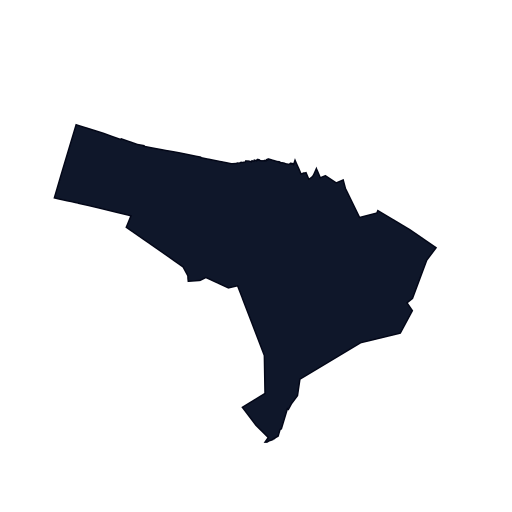 Frontera, Coahuila, Mexico (Natural Earth projection), rotated 252°
{"feature_id": "50627088B59111908912503", "entity_name": "Frontera", "entity_type": "district", "adm_level": 2, "iso_a3": "MEX", "parent_name": "Mexico", "parent_adm1": "Coahuila", "projection": "natural_earth1", "projection_center": [-101.473, 26.954], "detail": "fine", "context": "isolated", "style": "filled", "palette": "ink", "viewbox_px": 512, "rotation_deg": 252, "n_neighbors": 0, "source": "geoboundaries", "source_scale": "gbopen_adm2", "svg_char_len": 4023}
<svg xmlns="http://www.w3.org/2000/svg" viewBox="0 0 512 512"><g transform="rotate(252 256 256)"><path d="M261.5,385.9L259.5,384.2L260.6,366.4L291.2,362.1L291.6,362.0L292.1,361.9L292.4,361.9L301.4,362.4L301.2,360.7L300.7,354.9L310.9,346.8L310.5,341.3L317.8,340.7L320.2,340.4L320.4,340.4L319.6,339.7L317.7,338.0L315.7,336.2L314.7,335.1L314.2,334.4L313.6,333.2L313.3,332.3L313.1,331.7L312.9,331.2L312.8,330.4L312.7,329.9L319.8,329.3L319.7,327.2L320.2,327.2L320.0,324.2L320.6,324.1L322.8,323.9L325.4,323.7L329.0,323.3L332.7,322.9L335.0,322.7L332.0,320.5L331.2,319.9L331.3,319.8L331.4,319.7L331.6,319.7L331.9,319.5L332.0,319.5L332.1,319.4L332.2,319.6L332.4,319.7L332.5,319.6L332.6,319.4L332.6,319.2L332.4,318.8L332.4,318.7L332.6,318.7L332.9,318.6L333.0,318.5L333.0,318.3L333.1,318.2L332.9,318.1L332.7,318.2L332.7,317.8L332.8,317.8L333.1,317.6L333.4,317.6L333.5,317.5L333.5,317.4L333.4,317.3L333.3,317.2L333.2,317.2L333.2,316.7L333.1,316.4L333.0,316.2L333.0,315.9L333.0,315.7L333.0,315.4L333.2,315.2L333.3,314.9L333.4,314.7L333.5,314.6L333.6,314.4L333.7,314.2L333.8,314.1L333.8,313.9L334.0,313.6L334.1,313.4L334.2,313.2L334.3,313.1L334.5,312.9L334.5,312.7L334.8,312.4L334.9,312.2L335.0,312.1L335.2,311.9L335.3,311.8L335.4,311.6L335.5,311.6L335.6,311.4L335.8,311.1L335.9,310.9L336.0,310.8L336.1,310.6L336.2,310.3L336.3,310.2L336.5,309.9L336.6,309.6L336.6,309.3L336.7,309.2L336.8,309.0L336.9,308.9L337.0,308.7L337.1,308.3L337.1,308.2L337.2,307.7L337.7,307.9L338.4,306.9L338.6,307.0L339.1,305.8L339.2,305.5L339.8,304.6L340.1,304.1L340.5,303.6L340.8,303.1L341.2,302.6L341.5,302.1L341.8,301.6L342.2,301.0L342.6,300.5L343.3,299.5L343.4,299.4L343.6,299.0L344.0,298.5L344.6,297.5L343.7,296.8L344.0,296.2L344.4,295.7L343.4,294.9L344.2,293.6L343.9,293.4L344.3,292.2L344.7,290.9L344.9,290.4L345.3,289.8L345.8,288.9L346.2,288.3L346.6,288.6L346.7,288.4L347.0,288.0L347.3,287.5L346.9,287.2L347.2,286.7L346.3,286.0L347.0,285.0L347.7,284.0L346.7,283.2L347.4,282.2L347.8,281.6L347.0,280.7L347.3,280.4L347.3,280.2L347.9,279.4L348.0,279.2L348.4,278.5L348.5,278.4L348.7,277.8L349.0,277.1L349.3,276.3L349.6,275.7L349.2,275.3L348.7,274.7L348.7,274.2L348.7,273.9L348.7,273.7L348.8,273.5L348.8,273.4L349.0,273.1L349.0,272.9L348.9,272.7L348.9,272.4L349.0,272.2L349.2,271.8L349.3,271.6L349.4,271.4L349.5,271.2L349.6,270.9L349.7,270.6L349.7,270.4L349.6,270.2L349.5,269.9L349.5,269.2L349.5,268.7L349.6,268.4L349.7,268.1L349.8,267.9L349.9,267.6L350.1,267.3L350.1,267.1L350.2,266.9L350.2,266.7L349.9,266.4L350.0,266.1L350.2,265.3L350.3,264.9L350.4,264.6L350.8,263.0L351.0,262.2L351.3,261.2L352.0,259.9L353.9,256.6L355.2,254.2L356.2,252.5L357.2,250.5L357.7,249.7L359.5,246.5L361.2,243.5L362.7,240.9L362.7,240.7L367.0,233.2L367.0,233.3L367.3,233.6L368.2,232.0L369.2,230.1L373.6,222.4L377.5,215.5L380.7,209.6L383.1,205.0L384.0,203.2L385.0,201.4L386.4,198.9L389.3,193.5L391.6,189.3L393.5,185.9L395.0,183.1L395.6,183.5L398.7,177.7L409.1,164.0L408.6,163.3L410.6,160.7L414.1,156.1L419.7,149.0L425.5,140.9L426.6,139.3L434.8,127.7L436.4,125.5L407.1,105.2L393.5,95.8L373.6,82.2L371.3,85.9L369.1,89.7L366.9,93.4L364.8,97.3L362.4,101.2L361.1,103.7L360.9,103.6L356.0,112.0L350.4,121.2L341.1,136.2L334.6,146.8L334.4,147.2L332.8,149.5L325.7,143.5L323.4,141.5L305.5,155.1L305.0,155.5L304.6,155.8L290.5,166.5L277.6,176.2L277.5,176.3L277.4,176.3L275.7,177.6L268.1,183.3L259.3,184.9L258.2,185.1L255.4,184.3L252.9,183.8L252.8,184.2L250.3,194.3L250.1,195.3L250.2,196.0L251.0,201.3L251.1,201.6L247.3,205.8L246.7,206.4L234.2,219.9L233.4,229.3L221.2,230.0L218.1,230.1L208.6,230.6L197.6,231.2L158.8,233.2L122.5,222.1L116.3,196.3L101.9,201.3L94.9,203.7L79.6,211.6L76.2,207.1L75.6,208.9L76.2,211.7L76.1,213.5L76.5,215.0L76.2,215.2L77.0,216.5L76.6,216.9L77.3,218.6L77.7,220.7L78.0,221.6L78.3,221.7L78.5,221.8L83.2,225.0L83.6,225.5L83.8,226.7L101.1,238.7L100.1,239.4L104.6,244.1L106.0,246.1L110.4,252.3L125.3,259.7L141.2,328.8L138.1,369.4L155.7,387.8L164.8,385.1L167.3,391.7L199.3,417.1L208.2,429.8L233.5,410.4L261.5,385.9Z" fill="#0f172a" stroke="#020617" stroke-width="1.5"/></g></svg>